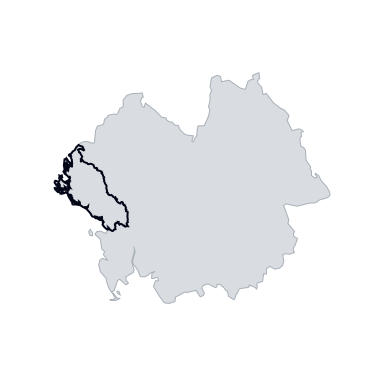 location of Mecklenburg-Vorpommern within Germany, rotated 238°
{"feature_id": "DEU-3488", "entity_name": "Mecklenburg-Vorpommern", "entity_type": "State", "adm_level": 1, "iso_a3": "DEU", "parent_name": "Germany", "parent_adm1": "", "projection": "natural_earth1", "projection_center": [12.667, 53.898], "detail": "fine", "context": "in_parent", "style": "outline", "palette": "ink", "viewbox_px": 384, "rotation_deg": 238, "n_neighbors": 0, "source": "natural_earth", "source_scale": "10m", "svg_char_len": 9384}
<svg xmlns="http://www.w3.org/2000/svg" viewBox="0 0 384 384"><g transform="rotate(238 192 192)"><path d="M167.2,310.3L158.4,305.5L150.5,306.0L149.3,304.4L146.6,304.5L142.6,302.0L139.0,303.5L138.2,304.9L138.4,305.8L142.0,305.9L142.5,306.6L138.8,308.1L132.8,307.6L125.7,309.0L119.8,308.8L116.4,307.6L115.5,305.4L115.8,302.1L117.3,297.7L117.8,294.5L117.2,292.5L118.1,289.5L120.5,285.4L124.2,273.7L132.1,265.4L132.1,262.6L118.6,259.7L116.4,258.9L114.6,256.7L103.9,258.0L103.0,255.8L100.2,254.9L97.2,256.6L96.2,256.4L92.2,251.2L91.2,248.7L89.3,247.2L86.4,246.8L87.4,242.0L90.2,238.5L90.4,235.5L84.5,233.1L81.6,229.8L81.0,225.8L82.8,221.3L87.7,218.6L87.3,214.2L83.2,211.8L83.0,211.1L84.7,209.4L78.7,204.4L80.3,199.4L79.3,197.9L76.4,196.8L75.5,195.3L77.6,195.0L82.6,191.5L82.8,190.9L81.4,190.4L81.3,189.0L84.6,181.6L84.5,180.4L82.1,176.8L82.1,175.6L78.6,171.5L78.7,170.2L84.3,167.7L89.0,169.5L90.8,168.4L93.1,168.5L98.9,166.7L100.4,164.4L98.3,162.6L98.6,161.2L105.1,157.2L106.2,155.2L106.7,151.5L105.9,150.2L105.1,149.4L99.5,148.8L98.2,146.7L98.7,143.8L99.7,143.3L106.4,143.3L109.2,135.1L110.9,132.6L111.6,122.4L108.1,119.4L109.6,113.6L112.1,110.4L114.1,109.6L122.8,109.1L132.3,109.3L136.1,114.0L134.6,116.4L136.9,117.6L138.0,117.2L139.5,112.7L140.3,112.0L144.2,114.9L144.2,118.8L145.4,113.6L144.7,109.9L145.3,106.4L147.6,103.4L154.6,104.6L162.3,104.0L165.2,105.3L171.6,112.2L176.6,113.7L172.8,112.2L164.9,103.9L156.6,101.7L154.8,99.4L155.1,91.0L151.9,89.3L148.6,89.9L148.1,88.0L148.7,86.6L156.3,84.4L156.5,82.1L149.8,74.0L149.6,70.5L155.4,70.7L162.4,72.4L164.0,73.5L173.0,72.0L179.9,74.4L183.0,77.8L183.2,80.8L179.1,84.2L186.0,83.7L187.7,86.3L191.4,85.3L200.6,89.2L207.6,87.2L208.8,90.4L207.4,93.6L202.5,97.0L203.5,99.0L205.1,99.5L209.8,99.1L217.1,101.1L227.1,94.7L234.9,94.0L246.5,84.4L257.8,86.2L260.7,90.3L268.3,94.9L275.1,94.5L277.6,98.8L278.7,104.1L282.7,106.8L288.6,108.0L289.6,113.6L292.6,122.4L292.5,125.1L291.5,128.1L289.6,130.6L285.8,133.7L285.5,135.4L295.3,142.9L298.0,146.7L296.4,152.2L298.0,154.8L299.6,155.7L300.2,157.1L300.3,160.2L301.5,161.2L299.6,166.9L297.7,169.2L298.3,171.2L300.9,174.8L301.0,179.2L306.3,182.1L308.5,188.1L307.2,193.2L302.3,202.2L298.3,201.0L298.6,199.1L297.9,198.9L296.6,196.5L290.8,195.1L289.2,196.2L292.1,199.6L280.2,204.1L271.5,205.9L268.4,209.3L266.8,208.6L263.3,210.1L261.9,212.2L257.7,212.9L255.8,215.6L251.3,214.8L245.8,216.1L243.3,217.5L238.8,223.0L235.2,218.8L234.3,218.8L234.0,220.1L236.2,223.2L237.0,225.7L243.4,230.4L244.8,232.3L241.7,237.4L247.9,246.6L252.5,250.9L255.2,250.9L261.0,256.5L264.8,258.5L267.7,262.4L271.5,263.0L277.2,267.8L278.4,269.4L277.6,275.3L274.8,277.4L269.9,275.5L267.1,282.7L254.7,287.9L251.2,291.1L251.2,292.1L256.2,298.2L256.2,301.0L254.8,303.8L258.3,304.6L258.8,306.0L257.8,311.9L252.5,309.7L251.5,306.5L249.3,305.5L244.0,306.6L236.9,303.9L236.3,307.2L224.1,308.4L215.7,311.6L213.2,313.6L206.5,314.7L205.0,314.5L202.2,310.5L190.9,309.4L189.1,315.6L187.6,317.3L184.2,318.5L184.7,315.7L181.2,314.7L181.0,312.8L178.8,311.0L173.0,308.6L170.5,310.3L167.2,310.3ZM274.7,87.1L275.4,89.3L274.7,90.4L271.9,88.5L269.1,88.6L267.4,91.4L266.2,91.5L261.8,88.9L261.1,87.7L261.4,82.0L262.8,80.7L263.0,78.9L265.4,77.1L267.5,77.0L269.3,79.7L273.4,81.5L273.7,82.2L271.5,84.5L272.0,85.8L274.7,87.1ZM287.3,101.0L287.4,103.5L280.2,103.2L279.6,101.3L280.1,99.5L277.7,97.5L277.7,95.3L287.3,101.0ZM141.5,72.3L139.9,74.8L140.3,70.3L143.1,65.5L144.3,65.6L142.7,67.8L142.4,70.6L148.6,70.9L147.8,71.7L141.5,72.3ZM214.3,86.0L210.5,86.0L207.6,84.4L209.4,82.3L213.1,83.3L214.3,86.0ZM147.4,76.6L146.4,77.4L142.8,76.5L145.5,75.1L147.1,75.4L147.4,76.6Z" fill="#d9dde1" stroke="#a8b0b8" stroke-width="1"/><path d="M288.7,109.0L288.7,110.4L289.6,112.3L289.6,114.5L289.8,115.1L291.2,117.2L292.0,120.7L290.3,121.6L289.6,122.3L289.0,122.5L288.8,123.0L288.5,123.2L284.8,122.7L284.8,122.1L286.9,121.0L287.8,119.9L288.2,119.2L288.3,117.7L286.6,117.7L285.7,117.3L285.1,117.4L284.6,118.0L283.4,117.7L280.2,117.7L278.9,115.8L278.9,115.1L277.7,114.8L277.1,114.0L276.7,114.0L276.6,114.6L277.4,115.9L276.6,116.1L274.9,116.2L273.4,117.2L272.3,118.3L271.0,118.5L270.6,118.7L269.5,121.2L268.9,121.8L266.9,122.8L265.4,122.3L264.2,122.2L263.4,122.8L262.9,124.0L261.9,123.9L261.3,123.2L260.8,123.2L260.0,123.7L259.7,124.3L257.2,126.1L256.5,126.2L255.8,125.9L256.1,125.4L256.0,125.2L253.8,125.5L252.7,125.1L250.9,125.3L250.7,125.0L250.6,124.3L248.7,123.9L247.7,123.2L244.9,122.7L242.8,122.9L240.5,121.3L237.7,120.5L236.9,119.6L235.8,120.1L235.1,119.7L233.6,120.0L233.3,120.6L232.6,120.9L232.3,121.9L231.0,122.6L230.5,122.4L229.1,122.9L228.5,123.4L227.4,123.4L227.9,123.8L228.0,124.2L226.7,124.2L225.6,124.6L225.3,124.0L224.2,123.4L222.0,123.9L220.4,124.9L220.2,125.2L220.6,125.8L220.9,126.8L220.7,127.3L220.2,127.6L219.5,127.7L218.1,127.1L217.3,127.1L216.9,127.2L216.8,128.0L213.8,127.7L212.6,126.6L211.8,127.0L210.8,125.9L209.2,126.9L205.2,124.1L202.9,123.1L201.3,121.8L200.4,121.6L200.2,120.2L199.7,119.6L197.0,119.5L197.6,118.7L198.0,117.0L199.3,116.8L199.6,116.1L201.0,115.8L202.6,114.9L202.9,113.9L202.8,113.2L204.7,113.1L205.3,113.9L205.9,113.3L205.6,113.2L205.9,112.9L205.5,111.3L205.9,111.1L206.0,110.6L205.6,109.6L204.9,109.1L203.5,108.9L202.2,107.7L201.0,107.4L201.4,106.0L200.9,104.5L201.2,103.7L204.3,102.0L204.8,102.1L205.0,102.5L206.2,102.2L204.9,101.8L204.7,101.6L204.8,100.6L205.2,100.6L206.3,99.8L208.5,99.1L211.5,98.8L211.9,99.0L212.3,99.7L213.3,100.1L213.2,101.1L214.5,101.3L215.5,100.6L216.1,101.3L217.1,101.3L218.1,102.3L218.6,102.4L219.0,100.9L218.9,100.4L219.6,99.9L219.4,99.3L220.3,98.6L220.1,98.2L221.0,98.4L221.5,98.1L221.9,97.3L222.8,96.7L222.8,95.8L223.6,94.8L224.4,94.4L225.4,94.3L227.5,94.6L233.4,93.6L234.3,93.1L234.4,95.7L235.0,96.2L234.5,94.7L234.8,94.3L235.5,94.0L235.7,93.6L234.7,93.8L234.9,93.5L236.8,91.6L239.4,90.6L240.7,89.6L243.1,86.7L244.7,84.2L245.5,83.7L245.3,83.9L245.8,84.6L246.9,84.9L252.6,84.9L253.5,85.2L254.1,85.0L254.8,85.1L255.1,85.5L254.5,85.9L253.8,86.0L249.5,85.5L248.9,85.9L247.7,85.8L247.3,86.4L247.2,86.1L246.6,86.4L246.8,86.8L247.2,86.8L247.0,87.0L246.0,86.9L245.3,87.4L244.4,86.9L243.1,87.0L242.6,87.8L242.7,88.3L242.0,88.1L241.9,88.3L242.0,88.7L241.9,89.1L241.2,89.4L241.6,90.5L241.3,90.7L242.4,91.3L243.0,91.4L243.6,91.2L242.4,90.7L242.8,90.1L243.9,89.4L244.1,88.7L246.1,87.9L245.6,87.7L245.6,87.4L246.5,87.4L246.5,87.2L246.9,87.5L249.0,86.8L248.9,86.4L249.1,86.2L250.0,86.1L250.0,86.4L249.4,86.7L249.2,87.4L249.7,86.6L250.5,87.3L250.7,87.0L251.3,87.2L251.8,86.8L252.5,87.9L253.4,87.9L254.0,87.7L254.7,86.6L255.3,86.1L257.3,85.3L257.9,85.5L257.6,85.7L257.8,86.5L259.4,87.4L259.0,88.1L259.1,88.6L259.8,89.4L259.9,90.4L261.3,90.5L260.6,90.9L261.5,90.9L264.3,91.9L265.1,93.1L265.8,93.6L265.1,94.0L266.6,93.7L267.1,93.8L266.6,94.5L267.5,94.5L268.3,95.8L269.1,96.4L269.7,96.4L269.7,96.2L269.0,95.4L272.1,94.9L274.8,93.8L274.9,94.1L274.5,94.3L274.5,94.5L277.2,96.0L276.4,97.9L275.7,98.2L277.0,99.4L278.0,99.8L278.3,100.8L279.7,101.2L279.8,101.5L279.3,102.2L277.5,103.3L277.3,103.7L277.5,104.1L278.7,104.5L279.6,105.5L279.9,105.4L281.7,106.6L282.5,106.8L283.0,107.2L286.8,107.7L287.5,107.5L288.0,107.0L288.4,107.1L288.7,107.3L288.8,107.8L287.4,108.7L288.7,109.0ZM274.4,86.8L275.5,88.1L276.2,88.3L275.3,89.2L275.1,90.4L274.3,90.3L274.8,90.2L274.8,89.6L274.0,89.9L273.3,89.8L273.3,89.6L274.2,89.3L274.8,88.7L273.5,88.8L272.4,89.2L274.3,88.3L274.3,88.1L273.3,88.1L272.7,88.5L272.0,88.1L269.5,88.3L267.8,89.4L267.2,90.2L266.0,90.5L265.9,91.4L266.3,91.2L266.1,90.9L267.5,90.8L267.6,91.9L267.2,92.1L265.7,91.8L264.8,91.3L265.4,90.3L264.7,90.7L264.9,90.9L263.7,91.1L262.3,90.5L262.0,90.3L262.2,89.8L260.8,90.1L260.6,89.8L260.8,89.6L261.5,89.6L261.5,89.4L259.9,88.5L260.8,87.3L261.4,87.1L262.6,87.4L263.7,87.0L263.0,86.8L263.0,85.9L262.3,85.6L261.0,85.7L261.6,84.9L263.5,84.4L263.9,83.9L262.9,83.6L262.7,83.3L262.8,82.8L261.7,83.1L261.2,82.8L261.0,82.1L260.6,82.0L263.5,81.6L264.2,82.1L264.5,82.7L264.7,82.3L264.5,81.8L265.4,81.0L266.2,80.6L265.6,81.8L266.1,82.0L265.7,82.6L266.6,82.3L266.8,82.0L266.1,81.8L266.4,81.3L267.4,82.6L267.3,83.1L267.8,83.6L269.7,83.7L270.0,82.6L269.5,81.5L270.0,81.3L270.0,81.1L269.2,81.5L268.0,81.5L267.6,81.0L267.0,80.8L266.2,79.8L263.8,81.4L263.4,81.3L263.4,80.3L264.1,79.6L264.3,78.8L262.6,79.1L262.8,78.5L263.3,78.1L266.8,77.4L268.1,77.6L268.1,77.8L266.8,78.6L266.6,79.0L266.9,80.0L267.6,80.6L268.6,80.9L271.9,80.4L273.0,80.6L273.7,81.2L273.9,82.1L273.3,82.8L271.6,83.8L271.4,84.3L271.7,85.4L272.2,86.1L274.4,86.8ZM287.3,101.3L286.9,102.2L286.4,102.4L287.1,103.3L284.3,103.5L283.3,103.2L282.0,104.1L280.5,104.3L278.1,104.2L277.6,103.7L280.4,102.6L280.5,101.7L279.6,100.3L279.7,99.5L281.4,99.7L281.0,101.3L281.7,100.6L282.8,100.6L282.4,101.1L283.3,101.3L283.1,100.8L283.4,100.1L283.3,99.2L283.0,98.7L282.4,98.8L281.6,97.6L280.7,97.2L279.9,97.6L280.2,98.2L279.3,99.0L278.5,99.3L278.5,98.9L279.0,98.2L278.6,97.8L277.6,98.1L276.9,98.8L276.4,98.6L277.3,97.0L277.4,96.1L277.2,95.6L275.9,94.5L276.5,93.8L277.4,93.8L278.4,95.6L279.1,96.1L282.4,97.4L287.3,101.3ZM216.5,99.9L216.9,99.2L217.8,98.6L218.8,98.4L219.6,98.6L218.6,100.6L218.3,100.6L218.4,99.8L218.3,99.5L218.0,99.7L218.1,100.2L217.7,100.4L216.5,99.9ZM260.6,80.2L260.0,80.6L259.6,82.4L258.9,83.1L258.8,84.4L258.6,84.4L258.7,83.2L259.6,80.3L259.8,80.1L260.8,80.0L261.0,80.6L260.8,80.4L260.8,80.9L260.6,80.9L260.6,80.2ZM220.4,97.0L220.5,96.6L222.5,95.8L221.0,97.0L220.6,97.5L220.4,97.0Z" fill="none" stroke="#020617" stroke-width="2"/></g></svg>